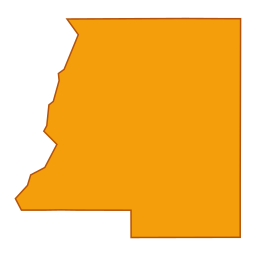 outline of Le Sueur, Minnesota, United States of America
{"feature_id": "52423323B42954373682116", "entity_name": "Le Sueur", "entity_type": "district", "adm_level": 2, "iso_a3": "USA", "parent_name": "United States of America", "parent_adm1": "Minnesota", "projection": "mercator", "projection_center": [-93.822, 44.37], "detail": "fine", "context": "isolated", "style": "filled", "palette": "amber", "viewbox_px": 256, "rotation_deg": 0, "n_neighbors": 0, "source": "geoboundaries", "source_scale": "gbopen_adm2", "svg_char_len": 441}
<svg xmlns="http://www.w3.org/2000/svg" viewBox="0 0 256 256"><path d="M240.2,237.3L240.2,182.9L240.6,18.7L228.1,18.7L207.5,18.6L185.5,18.5L67.0,19.0L78.3,34.7L64.1,69.4L58.4,73.5L59.1,80.6L53.3,101.4L48.9,104.9L46.8,125.6L43.8,131.2L56.9,144.4L44.8,167.5L30.7,174.9L27.5,185.4L15.4,198.6L21.4,210.1L45.1,210.1L60.9,209.9L76.8,210.1L131.0,210.2L131.1,237.5L239.4,237.3L240.2,237.3Z" fill="#f59e0b" stroke="#b45309" stroke-width="1.5"/></svg>